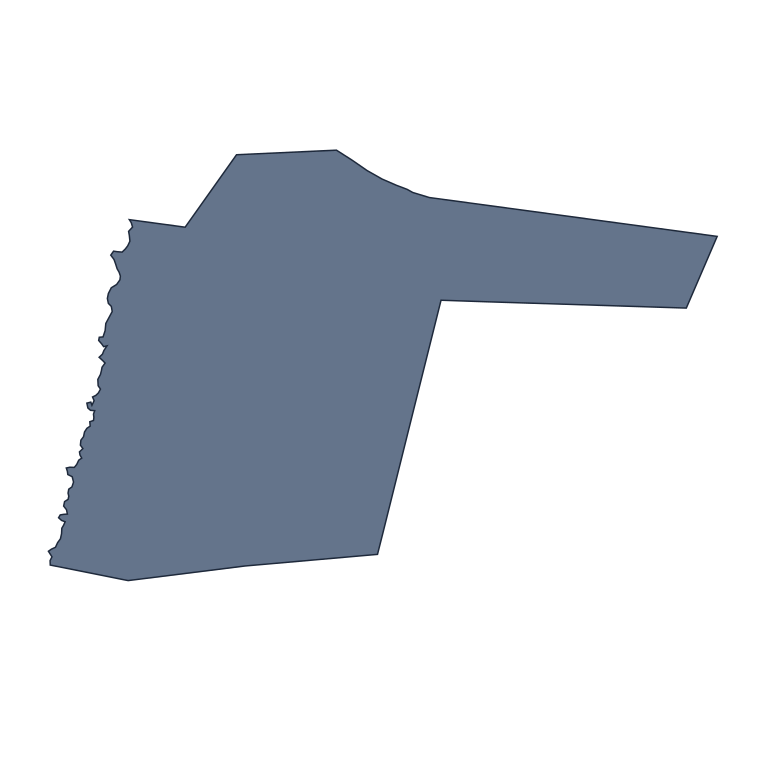 outline of Manoel Emídio, Piauí, Brazil, rotated 187°
{"feature_id": "56859067B6824305112078", "entity_name": "Manoel Emídio", "entity_type": "district", "adm_level": 2, "iso_a3": "BRA", "parent_name": "Brazil", "parent_adm1": "Piauí", "projection": "mercator", "projection_center": [-43.851, -8.19], "detail": "fine", "context": "isolated", "style": "filled", "palette": "slate", "viewbox_px": 768, "rotation_deg": 187, "n_neighbors": 0, "source": "geoboundaries", "source_scale": "gbopen_adm2", "svg_char_len": 1657}
<svg xmlns="http://www.w3.org/2000/svg" viewBox="0 0 768 768"><g transform="rotate(187 384 384)"><path d="M661.5,450.2L666.4,446.3L667.4,443.5L668.6,440.3L669.0,435.2L667.4,430.4L664.1,427.8L662.6,422.8L667.5,410.2L667.3,403.0L668.6,396.5L672.3,395.7L672.5,392.4L669.1,389.4L666.8,386.9L663.6,388.1L666.1,383.1L667.1,379.3L670.0,375.8L666.4,373.2L663.4,370.8L665.9,366.3L666.1,363.0L666.6,358.9L668.6,353.7L667.5,347.4L664.8,344.4L666.4,340.3L668.6,337.6L671.7,335.6L669.7,332.1L671.3,327.3L672.8,330.3L676.6,328.8L675.0,324.1L672.1,322.1L667.9,322.3L668.7,318.7L667.9,315.5L667.9,312.4L671.4,310.7L670.5,306.4L673.5,303.8L675.4,299.9L675.8,295.1L678.0,291.3L677.9,286.3L675.0,283.2L678.0,279.5L677.1,276.5L675.0,273.6L677.7,271.2L679.2,266.7L681.2,263.5L685.7,263.1L689.1,261.9L687.6,258.7L686.8,255.6L682.2,254.0L680.2,248.8L681.2,243.8L684.1,241.2L684.3,237.2L683.2,234.2L683.5,231.0L686.7,228.4L687.1,223.8L683.8,220.5L682.4,216.3L686.1,215.6L689.4,214.6L690.7,211.6L687.4,209.3L683.7,208.4L684.8,204.8L686.2,201.6L685.8,196.1L686.3,190.9L688.6,186.8L690.2,181.9L693.9,179.6L696.7,177.1L692.5,172.0L693.9,168.0L693.2,163.6L618.3,158.0L614.0,157.7L499.9,186.4L369.7,214.1L367.0,235.4L351.3,363.3L337.6,474.1L292.4,478.1L93.2,496.2L71.3,571.1L361.7,574.6L378.8,577.6L384.7,580.0L396.1,582.8L410.9,587.2L426.8,593.8L442.8,602.2L459.7,610.3L558.3,593.6L600.5,515.4L656.8,516.1L654.5,513.3L652.7,509.1L656.1,504.4L654.9,500.5L653.6,494.8L655.2,489.9L657.2,486.5L660.0,483.0L665.0,482.8L668.6,482.9L670.9,478.6L667.1,474.6L665.0,470.4L662.9,465.8L660.5,462.6L658.8,459.0L658.8,455.2L661.5,450.2Z" fill="#64748b" stroke="#1e293b" stroke-width="1.5"/></g></svg>